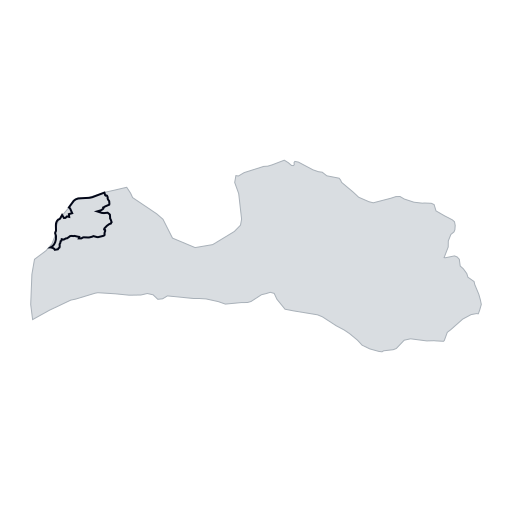 Ventspils highlighted on a map of Latvia
{"feature_id": "LVA-934", "entity_name": "Ventspils", "entity_type": "Municipality", "adm_level": 1, "iso_a3": "LVA", "parent_name": "Latvia", "parent_adm1": "", "projection": "robinson", "projection_center": [21.854, 57.3], "detail": "fine", "context": "in_parent", "style": "outline", "palette": "ink", "viewbox_px": 512, "rotation_deg": 0, "n_neighbors": 0, "source": "natural_earth", "source_scale": "10m", "svg_char_len": 3232}
<svg xmlns="http://www.w3.org/2000/svg" viewBox="0 0 512 512"><path d="M382.0,351.8L378.8,351.4L369.8,348.9L362.1,345.2L357.5,340.2L349.4,333.5L344.2,330.0L336.1,325.7L322.4,316.8L317.5,314.8L293.7,310.9L285.0,309.2L276.9,299.2L274.2,293.4L270.3,292.3L266.1,293.6L261.5,294.7L251.0,301.5L247.5,302.5L240.9,302.6L225.4,304.1L218.3,301.6L206.0,298.9L199.4,298.5L193.5,298.5L167.4,295.9L162.6,298.8L157.8,299.3L153.1,294.8L147.3,293.5L140.9,295.0L129.2,295.2L115.4,293.8L97.8,292.7L95.1,293.2L75.6,299.1L70.8,300.1L49.5,310.2L32.6,319.6L30.7,304.5L31.9,274.3L34.5,259.3L46.1,250.6L52.0,243.8L55.4,234.8L56.4,226.4L58.8,219.5L75.6,199.6L88.8,197.4L106.7,191.9L126.7,187.3L130.6,193.2L132.6,197.6L156.8,213.9L163.0,219.3L172.5,238.1L195.1,247.6L212.7,244.6L220.3,240.0L234.3,231.5L240.5,225.2L241.6,219.2L238.7,193.6L234.7,182.5L235.9,175.6L238.4,176.0L244.2,172.6L263.7,166.4L267.6,166.2L272.0,164.9L284.3,160.2L288.3,162.7L291.6,165.5L293.5,165.6L294.3,164.5L294.0,162.7L294.9,161.4L298.4,162.1L312.9,169.8L318.4,171.7L322.2,172.2L326.8,175.8L339.1,178.2L340.6,180.1L341.6,182.4L353.3,192.2L358.6,197.2L368.9,201.7L373.3,202.8L391.0,198.2L395.9,196.6L400.0,196.5L404.2,199.0L413.9,202.2L422.6,203.2L424.1,203.0L431.4,203.3L434.1,204.6L436.0,210.9L444.5,215.8L452.4,219.9L454.5,221.8L455.2,225.4L454.9,229.7L454.0,231.9L450.9,234.4L448.3,240.9L448.2,247.0L444.1,257.6L445.2,257.8L454.5,255.9L457.2,257.0L459.3,259.3L460.2,266.0L463.4,268.9L466.8,273.6L467.9,277.2L474.1,281.6L474.7,284.4L478.8,294.3L480.4,300.0L481.3,304.4L479.7,310.0L478.3,313.8L476.4,313.6L471.1,314.6L462.7,319.1L450.5,329.9L447.3,332.3L444.3,340.5L443.5,341.3L436.1,340.9L434.1,340.7L426.7,340.9L410.5,338.8L404.2,340.2L396.3,348.5L393.2,349.7L383.6,350.8L382.0,351.8Z" fill="#d9dde1" stroke="#a8b0b8" stroke-width="1"/><path d="M50.6,247.4L52.6,246.1L54.0,244.5L55.2,242.2L55.9,239.4L56.0,236.1L55.8,235.3L55.1,233.1L55.3,232.3L55.9,231.1L56.0,230.5L55.9,225.2L56.0,223.6L56.4,222.2L57.2,220.7L58.2,219.6L59.3,219.2L60.1,218.6L62.1,215.0L63.1,216.6L63.9,218.0L65.4,217.9L67.0,216.4L69.2,216.9L68.9,214.1L72.2,213.2L70.2,208.7L69.6,207.9L68.9,207.4L73.7,200.8L75.6,199.4L78.2,198.4L89.6,197.8L92.3,197.2L104.4,192.6L105.1,195.1L105.6,195.6L106.2,195.4L107.0,195.7L107.7,197.3L107.6,198.2L107.9,199.2L108.4,200.1L109.0,200.8L109.2,201.3L109.4,203.9L109.2,204.7L105.0,206.5L104.1,207.1L103.2,207.5L103.4,208.0L103.4,208.5L102.7,209.2L100.9,210.3L97.2,211.4L101.8,212.9L104.0,213.1L107.6,212.7L108.5,213.4L109.6,214.3L109.9,214.7L110.1,217.2L110.1,218.5L110.7,219.5L111.6,222.1L111.3,222.3L111.1,223.1L110.8,223.6L109.4,224.0L106.9,225.8L104.5,228.3L104.1,229.3L104.2,229.6L105.1,230.0L105.2,231.0L104.8,232.0L104.6,232.6L104.6,233.0L104.5,233.3L104.6,234.7L104.5,235.0L104.4,235.3L103.2,235.9L98.3,237.1L97.1,237.1L93.4,236.1L92.2,236.7L89.4,237.4L88.5,237.5L83.7,237.3L83.1,237.4L82.4,237.8L81.3,238.4L78.9,238.4L79.3,237.6L79.3,237.3L79.3,236.9L77.9,236.7L74.5,235.9L73.3,236.1L71.5,235.9L70.9,236.0L70.1,236.1L69.1,236.9L67.1,238.3L65.9,238.4L63.7,239.6L61.7,239.2L61.5,240.6L60.6,241.2L60.3,243.0L59.6,244.2L59.7,246.3L59.5,247.5L58.4,248.4L57.9,249.3L54.8,249.8L54.1,248.7L52.7,247.9L50.8,247.4L50.6,247.4Z" fill="none" stroke="#020617" stroke-width="2"/></svg>